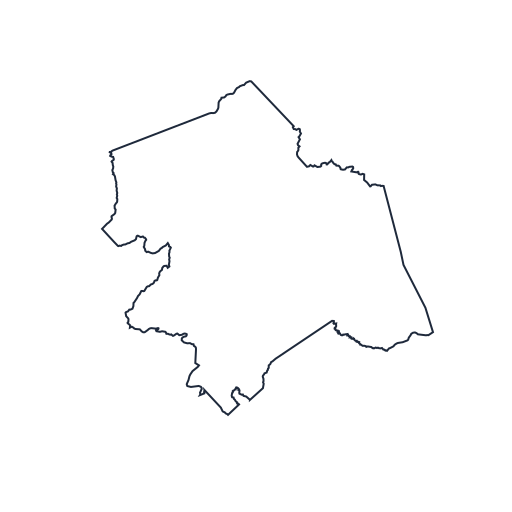 the State of Amazonas, rotated 227°
{"feature_id": "BRA-592", "entity_name": "Amazonas", "entity_type": "State", "adm_level": 1, "iso_a3": "BRA", "parent_name": "Brazil", "parent_adm1": "", "projection": "natural_earth1", "projection_center": [-64.603, -3.801], "detail": "fine", "context": "isolated", "style": "outline", "palette": "slate", "viewbox_px": 512, "rotation_deg": 227, "n_neighbors": 0, "source": "natural_earth", "source_scale": "10m", "svg_char_len": 6143}
<svg xmlns="http://www.w3.org/2000/svg" viewBox="0 0 512 512"><g transform="rotate(227 256 256)"><path d="M207.7,117.1L209.2,117.7L209.7,118.3L211.3,122.0L213.5,125.4L214.2,127.2L215.1,131.1L214.6,137.9L214.9,139.7L219.1,138.6L228.6,148.4L229.8,149.4L231.0,149.7L232.6,149.3L234.1,150.1L235.2,149.0L237.3,148.3L239.0,146.2L241.9,144.4L245.0,144.2L246.2,145.4L246.5,146.4L246.2,148.1L245.1,149.9L245.2,151.0L246.0,152.0L246.9,151.7L247.9,151.0L248.6,149.8L248.9,148.1L250.4,145.9L252.9,145.6L253.4,144.8L253.8,141.9L254.2,140.8L256.5,140.5L256.6,140.0L257.7,139.1L259.1,138.6L260.2,137.4L261.6,138.0L262.4,138.0L265.0,136.0L266.1,134.0L268.9,131.9L269.8,132.2L269.2,134.6L269.3,135.1L269.7,135.4L270.1,135.2L271.1,133.3L274.6,130.3L275.3,129.2L275.7,127.8L275.7,126.4L276.1,122.9L276.5,122.1L277.3,121.4L278.8,121.0L281.6,121.0L284.9,118.0L286.0,117.5L287.1,117.5L289.1,116.9L289.6,114.9L290.7,116.2L291.6,116.7L294.4,116.3L294.8,116.6L294.9,117.7L296.8,119.7L297.6,120.0L300.5,120.0L303.5,121.9L303.6,122.7L302.8,124.6L303.2,126.8L302.4,127.6L301.7,129.7L303.0,132.2L305.2,134.4L305.2,135.3L306.4,140.4L307.2,142.4L307.3,144.7L308.5,147.9L308.6,148.3L308.2,148.8L306.9,149.8L306.6,150.5L307.9,155.0L307.6,156.2L306.8,157.3L306.9,159.6L306.1,161.4L306.1,163.0L307.0,164.9L306.6,166.1L305.9,166.7L305.8,167.4L307.1,169.6L307.9,172.3L309.2,173.2L309.9,174.4L310.1,175.7L310.0,177.8L311.2,179.3L311.5,181.4L311.3,182.1L309.8,184.0L307.6,183.4L307.4,185.5L309.0,186.3L311.2,189.2L312.7,190.1L313.6,191.7L314.8,192.1L317.0,193.9L317.9,195.5L318.9,196.2L320.2,199.4L321.0,199.5L322.4,198.9L323.4,199.8L325.6,200.3L325.2,197.2L326.2,193.8L326.1,192.4L326.5,191.3L326.0,188.4L327.0,184.2L328.4,182.2L330.0,181.2L332.7,180.1L333.4,178.7L335.4,178.6L336.6,179.5L339.2,180.1L339.6,181.2L341.7,183.5L342.6,185.7L342.7,186.7L343.1,187.0L345.1,187.2L345.9,186.6L347.4,186.6L348.4,184.6L351.5,183.4L351.8,182.8L351.8,182.1L350.2,179.7L350.2,178.0L351.6,174.3L351.8,172.4L352.9,170.6L353.5,168.4L354.6,167.0L355.3,165.3L355.3,164.3L356.6,163.3L357.0,162.2L357.5,161.9L362.6,161.8L380.8,161.9L381.2,169.1L380.9,171.2L381.1,175.4L381.7,176.2L383.2,177.0L383.6,177.6L383.2,181.0L383.5,182.4L385.7,185.0L387.1,185.1L389.3,186.9L390.0,189.4L390.1,190.8L390.5,191.6L392.2,193.4L393.5,193.7L394.7,195.6L395.9,196.2L396.7,197.5L398.8,198.6L400.4,200.4L402.2,201.1L403.5,202.7L404.5,203.2L405.1,204.1L407.2,205.0L410.4,207.1L411.8,207.5L413.4,207.2L413.7,208.4L414.9,208.4L416.8,209.5L417.5,211.2L418.7,212.6L420.2,213.3L421.9,214.6L423.5,214.7L423.7,215.4L423.4,217.4L423.8,218.1L425.9,219.1L427.2,218.1L428.7,217.6L429.0,218.2L428.9,219.5L429.1,219.9L430.7,220.2L432.4,219.4L430.7,221.0L431.1,221.8L430.9,223.0L392.2,319.0L391.2,320.7L389.4,322.5L388.7,323.8L388.7,325.7L389.6,328.7L390.2,329.7L393.7,333.3L394.3,334.6L394.6,337.7L395.3,338.7L393.7,340.8L393.5,342.5L393.9,344.1L393.5,345.3L392.0,347.9L390.9,349.0L390.4,349.9L390.4,351.3L391.4,354.2L391.8,356.6L391.1,358.9L391.2,359.9L390.0,362.9L389.2,363.8L389.5,367.0L388.2,370.6L386.9,371.6L325.2,372.1L325.1,370.8L323.1,370.2L321.9,371.3L320.7,371.5L320.0,374.0L319.0,374.5L318.2,374.1L317.1,372.9L314.9,372.4L313.9,369.1L313.9,368.2L311.4,367.7L309.7,362.9L308.3,362.3L306.5,362.6L306.3,360.8L304.6,359.3L304.1,357.9L304.0,357.0L302.4,355.3L300.7,354.5L299.2,354.3L286.5,354.1L285.4,356.0L285.5,357.8L282.5,358.7L282.2,359.2L282.4,360.6L279.2,361.6L277.4,364.1L277.4,365.1L278.4,366.0L278.7,366.9L278.2,368.3L277.1,370.1L275.7,370.8L274.8,370.1L274.5,370.3L274.5,372.5L274.7,373.2L274.4,374.3L274.7,376.5L273.6,376.0L272.8,376.3L271.7,376.0L269.6,376.0L268.7,376.8L267.3,376.4L265.8,377.9L265.1,378.1L263.0,377.9L262.0,377.2L261.5,377.2L259.7,378.5L258.6,380.1L258.9,382.8L257.8,384.0L257.6,385.0L255.7,387.5L254.9,387.7L253.9,387.0L253.6,386.2L253.5,385.0L252.8,383.4L248.6,386.6L248.0,388.1L247.3,388.1L246.5,387.2L245.7,387.2L244.0,388.3L243.4,390.0L241.9,390.8L237.9,386.9L233.9,387.4L229.1,386.9L228.8,387.3L229.0,389.4L227.0,392.1L224.9,393.0L222.9,395.0L222.0,395.0L221.3,396.1L220.2,397.1L160.3,364.7L148.9,357.8L102.6,344.6L79.6,333.5L80.5,328.1L81.5,327.2L82.0,326.3L88.3,321.0L90.1,320.8L91.7,320.1L92.8,318.5L93.2,316.5L92.6,314.9L92.1,312.1L91.0,310.2L91.0,309.2L92.9,304.5L95.6,300.5L96.1,299.2L96.5,297.0L96.2,294.9L97.2,291.3L97.7,290.3L97.3,287.1L98.5,286.7L98.6,286.1L100.2,285.9L100.7,285.3L102.8,285.4L103.4,284.2L104.8,283.0L105.8,282.7L106.2,281.7L107.4,281.1L108.0,279.2L108.8,278.9L109.1,278.4L110.7,278.3L113.6,276.1L114.3,274.7L115.0,274.9L116.2,274.2L117.6,272.7L119.8,272.3L120.1,271.8L121.0,272.2L121.8,271.9L122.5,272.5L123.6,271.8L123.5,272.3L124.4,271.8L125.3,271.9L125.7,271.1L126.3,270.9L128.1,270.8L128.6,271.3L129.3,270.8L129.6,270.9L129.8,269.8L130.6,269.4L131.0,269.5L131.6,270.2L132.5,269.1L132.8,269.8L133.3,270.0L134.3,269.1L135.3,269.6L135.8,268.7L136.6,269.6L138.0,267.6L138.5,266.5L139.1,266.2L139.0,265.4L139.3,264.8L140.5,264.2L142.1,264.6L143.0,263.3L143.4,263.4L143.3,264.5L144.3,265.2L144.7,264.1L145.0,263.9L145.7,264.9L147.4,263.7L148.8,264.5L149.2,263.9L149.4,264.0L149.8,264.6L149.7,266.4L150.9,267.6L151.4,267.7L152.0,268.6L153.3,266.7L154.1,266.8L154.6,268.0L155.4,268.6L156.7,267.4L167.5,200.4L167.7,196.1L168.1,194.8L167.2,192.7L167.3,190.7L165.5,189.0L165.4,187.9L164.6,187.0L164.6,186.1L163.5,184.3L164.4,182.2L164.0,181.3L163.7,179.4L163.1,178.6L161.1,177.7L159.3,176.1L158.9,175.1L157.3,174.5L154.6,170.9L154.9,153.4L155.2,153.7L156.0,153.4L159.9,153.0L162.2,151.5L163.7,151.9L164.2,151.0L166.6,150.0L167.3,150.4L168.9,152.2L170.1,151.8L170.2,152.7L171.6,152.8L172.2,152.2L172.9,152.4L173.4,151.9L173.1,151.0L172.3,150.1L172.8,149.5L172.7,147.4L173.1,147.2L173.1,146.9L172.0,145.9L172.1,145.1L170.4,142.9L169.0,142.2L167.8,143.1L166.6,142.4L165.2,142.5L163.7,142.1L161.7,142.4L161.5,141.8L160.8,141.6L159.5,142.4L159.0,142.4L158.9,127.2L159.9,127.2L161.5,126.5L163.1,126.5L164.5,125.8L165.3,125.7L169.1,126.9L193.1,126.9L192.6,126.6L192.5,125.9L191.6,125.8L191.4,124.6L190.8,124.4L192.5,120.1L192.8,121.0L194.2,121.8L195.8,125.6L196.5,126.2L197.9,126.5L200.0,125.5L204.6,119.1L207.7,117.1Z" fill="none" stroke="#1e293b" stroke-width="2"/></g></svg>